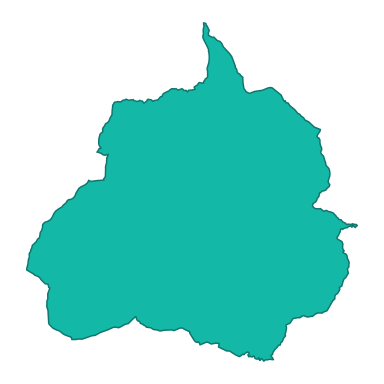 Naruja, Vrancea, Romania
{"feature_id": "2599482B65121117862407", "entity_name": "Naruja", "entity_type": "district", "adm_level": 2, "iso_a3": "ROU", "parent_name": "Romania", "parent_adm1": "Vrancea", "projection": "mercator", "projection_center": [26.773, 45.824], "detail": "fine", "context": "isolated", "style": "filled", "palette": "teal", "viewbox_px": 384, "rotation_deg": 0, "n_neighbors": 0, "source": "geoboundaries", "source_scale": "gbopen_adm2", "svg_char_len": 5955}
<svg xmlns="http://www.w3.org/2000/svg" viewBox="0 0 384 384"><path d="M273.9,359.7L273.2,359.3L272.2,357.4L271.3,356.5L271.1,355.2L272.5,354.6L272.9,352.4L274.8,349.7L276.9,347.6L277.8,346.2L278.7,345.3L280.2,345.0L280.9,342.5L282.4,341.5L283.5,338.3L285.5,335.9L285.0,334.0L285.6,332.9L286.5,328.2L286.4,327.0L285.9,325.7L286.2,325.0L290.1,323.0L292.9,318.8L293.5,318.4L298.6,317.6L299.4,317.8L300.8,317.2L302.0,316.1L304.1,315.6L305.3,316.4L306.8,316.8L308.3,317.0L311.2,316.3L312.0,316.5L312.9,316.1L314.9,314.3L317.6,313.0L322.5,313.0L323.1,312.2L326.7,310.9L327.4,310.2L332.7,300.9L334.8,298.9L334.9,296.5L335.2,295.0L337.3,293.7L338.5,292.0L339.4,290.4L339.8,289.2L339.3,287.6L341.8,286.0L343.1,281.2L344.1,278.9L345.7,277.7L348.3,273.2L348.2,272.1L347.8,271.1L347.5,268.8L347.8,268.1L348.7,267.2L348.9,266.4L348.8,264.6L349.1,263.2L349.1,262.3L347.2,257.7L347.1,256.1L346.6,254.9L345.6,253.9L344.3,253.4L343.0,252.4L343.1,251.8L344.1,250.9L342.7,248.6L342.6,246.0L342.9,244.2L342.2,242.2L341.8,241.5L337.7,239.2L337.0,238.4L336.9,237.6L338.5,235.4L338.9,234.1L340.0,232.3L340.7,229.2L341.1,228.7L341.8,228.7L342.5,229.4L344.8,228.0L347.5,227.6L348.3,226.6L350.5,226.0L351.9,227.1L352.2,226.8L352.3,225.6L352.8,225.2L353.4,225.4L354.0,226.7L355.3,227.4L356.2,226.3L357.2,225.7L356.7,224.9L356.0,224.4L354.3,224.4L352.8,223.8L350.7,224.5L348.6,224.1L346.6,224.5L345.4,223.1L342.6,221.8L341.0,219.8L338.7,219.4L337.9,217.9L336.5,217.0L335.9,215.7L334.3,214.3L333.6,213.2L330.3,211.8L328.3,211.5L326.4,210.4L324.0,211.2L323.4,211.0L320.4,208.6L319.4,208.9L315.3,208.6L314.5,208.2L312.7,206.4L312.5,205.9L313.0,203.6L315.7,201.8L316.5,200.8L317.3,198.1L318.4,197.2L318.9,196.3L319.6,192.9L320.5,192.7L322.2,191.1L324.4,190.7L326.1,189.8L327.1,188.2L329.2,186.5L329.8,184.8L328.6,183.0L328.1,181.6L329.0,178.2L329.7,176.4L329.9,174.4L329.8,172.0L329.3,169.5L328.7,168.3L326.0,165.4L325.7,164.0L325.7,162.9L324.7,160.4L323.5,156.1L321.5,154.2L320.7,152.7L320.8,151.4L321.6,150.2L321.7,148.3L320.5,145.4L320.0,143.3L319.9,139.9L318.9,138.0L318.0,137.8L317.0,136.4L317.5,134.9L320.0,131.2L320.3,129.5L314.3,127.1L308.4,121.6L307.4,121.5L307.1,121.0L304.9,120.0L303.6,117.8L301.3,116.2L299.5,114.1L297.8,113.4L294.7,109.6L289.8,105.6L288.1,103.0L286.0,102.7L285.3,100.9L285.0,100.8L284.5,101.3L283.9,101.0L281.1,95.0L272.2,87.9L270.4,87.5L267.9,88.0L262.3,90.3L254.4,91.5L249.7,93.4L247.6,92.6L246.1,91.6L243.9,88.5L243.0,82.9L242.7,77.1L240.6,75.4L239.8,74.1L238.1,73.3L237.2,71.9L236.6,69.2L235.3,67.5L235.2,65.8L234.3,63.4L232.0,57.3L231.5,56.3L229.4,53.4L223.4,47.0L221.9,43.7L220.9,42.4L219.9,41.4L217.3,40.6L213.8,37.1L212.8,37.4L211.6,37.0L208.6,35.4L208.3,33.0L209.2,30.5L207.1,26.0L206.3,25.2L206.0,23.8L205.0,23.1L203.6,23.0L203.7,25.2L204.3,26.2L203.7,27.3L203.2,29.8L203.4,34.3L202.9,35.8L202.9,37.0L203.1,38.1L204.1,40.4L206.8,45.6L208.6,49.6L208.5,51.0L209.0,53.3L209.3,57.6L208.9,62.3L207.1,68.3L207.6,71.7L207.6,77.3L205.2,79.1L204.7,80.3L203.7,81.5L203.5,83.2L199.2,82.6L198.6,83.1L197.5,84.9L194.3,86.9L194.2,87.5L194.9,88.7L194.9,89.3L192.0,90.0L188.6,90.3L188.0,91.4L187.4,91.8L186.1,90.4L183.8,90.5L183.0,89.4L182.0,88.7L178.2,90.1L177.4,89.8L176.4,88.9L171.8,88.7L169.7,90.0L168.8,91.1L167.6,91.4L163.4,93.6L162.6,94.8L162.3,96.2L160.4,96.9L158.0,99.8L153.8,100.7L153.2,101.2L152.9,101.3L151.2,99.8L147.9,99.3L147.4,99.6L146.8,101.0L144.4,102.9L143.6,102.9L142.4,101.1L140.8,100.9L139.8,100.4L138.1,101.3L137.1,101.4L134.1,100.7L133.2,99.6L128.6,100.3L126.5,99.3L125.8,99.3L125.1,99.9L123.0,100.2L122.3,100.6L122.1,101.1L120.5,102.0L118.3,101.6L114.7,102.2L114.1,102.7L113.6,103.9L112.7,105.2L112.5,108.3L112.2,110.1L112.0,114.7L110.3,117.6L109.0,120.9L107.5,122.8L105.6,123.6L104.6,125.8L103.0,127.9L102.6,129.0L102.8,131.7L100.3,133.8L100.0,134.4L98.9,138.7L98.7,143.5L99.3,145.7L101.0,148.0L100.8,148.4L99.4,148.4L99.1,148.7L98.7,149.7L97.1,152.0L100.7,153.1L103.1,154.8L104.4,155.1L105.6,155.2L108.0,154.4L108.1,155.1L106.8,157.8L106.8,159.4L106.5,161.3L106.7,162.6L105.8,165.5L105.5,167.5L105.6,168.9L105.4,175.7L105.1,177.1L103.6,179.1L103.8,180.1L96.6,180.6L92.2,181.3L90.9,181.4L88.7,180.4L87.7,182.4L86.9,183.4L84.6,185.1L80.9,186.9L79.0,188.3L76.1,192.9L74.9,196.1L73.3,198.0L71.9,198.9L70.1,199.6L69.2,199.5L67.5,200.4L65.9,203.0L63.1,205.3L62.0,206.9L58.8,208.8L55.8,211.0L53.8,213.7L52.3,217.1L50.6,219.5L48.4,221.0L44.7,222.4L43.7,223.3L42.7,224.6L42.4,228.1L41.5,230.8L40.3,232.4L39.6,237.2L39.1,238.0L37.6,239.1L36.3,241.6L32.3,245.5L31.7,248.2L30.8,249.8L30.5,251.8L29.6,252.8L29.1,254.4L29.3,255.5L29.3,257.6L28.5,259.1L27.9,264.2L26.8,268.3L26.8,270.0L33.6,274.0L34.5,275.0L38.1,276.5L39.7,277.7L41.2,279.8L45.1,283.7L48.0,284.2L48.8,287.5L49.9,288.0L47.8,293.7L47.8,298.7L47.0,300.9L46.8,306.8L48.0,310.4L48.7,323.0L49.2,324.4L53.0,328.2L55.5,329.5L59.9,331.2L63.2,334.0L65.4,335.1L71.2,337.2L71.9,339.5L75.8,339.5L78.6,339.0L82.3,339.1L91.7,335.8L95.3,335.3L100.3,332.5L107.9,329.8L113.4,327.3L115.5,327.1L118.2,327.7L119.4,327.5L125.2,324.3L128.4,323.5L133.0,318.9L135.5,316.7L136.2,317.2L136.4,318.7L137.4,320.6L139.8,321.7L140.4,323.4L142.1,324.0L143.9,325.2L144.9,325.6L146.5,327.2L150.9,327.8L153.5,329.5L157.0,329.9L160.1,331.0L164.6,330.2L168.5,330.0L171.8,329.9L174.0,330.6L179.9,328.1L182.5,328.0L184.4,329.3L189.7,331.8L189.8,333.2L194.1,340.2L195.6,341.9L197.4,342.4L198.2,341.7L199.1,342.6L200.1,344.8L206.5,342.1L208.0,342.3L211.2,344.0L216.0,343.1L219.2,343.6L218.5,347.0L226.8,351.0L229.6,351.0L235.1,354.6L239.3,356.6L241.0,355.7L242.4,354.2L243.9,354.7L245.2,353.3L247.1,352.1L248.8,352.4L249.1,353.9L248.7,354.5L248.1,354.4L248.0,355.1L248.7,356.7L249.0,356.8L250.0,356.1L251.1,356.8L252.1,357.0L253.4,356.0L254.2,356.4L254.8,358.1L255.2,358.5L256.7,359.1L258.1,359.0L258.5,357.9L259.0,357.9L259.2,359.7L259.8,360.3L260.4,360.2L260.9,359.2L261.5,358.6L262.4,359.2L263.6,361.0L264.0,361.0L265.6,359.8L267.8,359.8L269.1,359.3L273.9,359.7Z" fill="#14b8a6" stroke="#0f766e" stroke-width="1.5"/></svg>